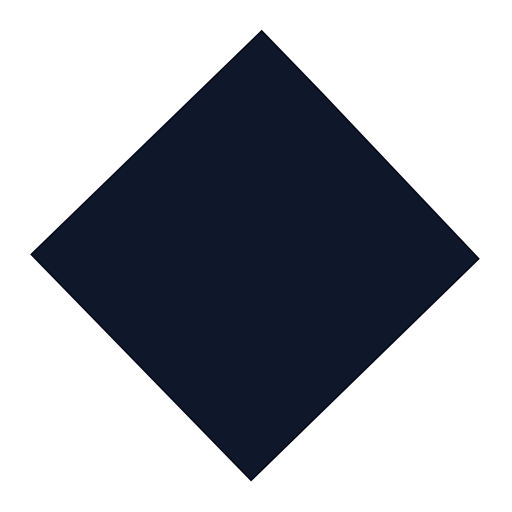 outline of Haskell, Texas, United States of America, rotated 226°
{"feature_id": "52423323B88573225501787", "entity_name": "Haskell", "entity_type": "district", "adm_level": 2, "iso_a3": "USA", "parent_name": "United States of America", "parent_adm1": "Texas", "projection": "mercator", "projection_center": [-99.668, 33.178], "detail": "fine", "context": "isolated", "style": "filled", "palette": "ink", "viewbox_px": 512, "rotation_deg": 226, "n_neighbors": 0, "source": "geoboundaries", "source_scale": "gbopen_adm2", "svg_char_len": 239}
<svg xmlns="http://www.w3.org/2000/svg" viewBox="0 0 512 512"><g transform="rotate(226 256 256)"><path d="M414.0,416.5L413.3,95.4L98.0,96.6L99.3,414.3L328.4,416.6L414.0,416.5Z" fill="#0f172a" stroke="#020617" stroke-width="1.5"/></g></svg>